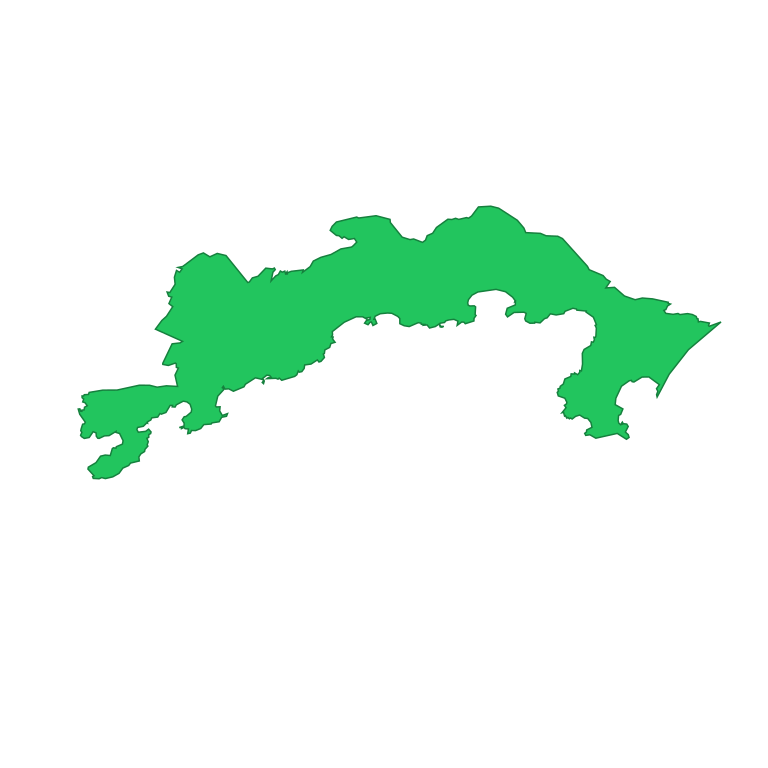 West Mahe, Anse Boileau, Seychelles, rotated 305°
{"feature_id": "34574756B14018612202061", "entity_name": "West Mahe", "entity_type": "district", "adm_level": 2, "iso_a3": "SYC", "parent_name": "Seychelles", "parent_adm1": "Anse Boileau", "projection": "albers", "projection_center": [55.437, -4.697], "detail": "fine", "context": "isolated", "style": "filled", "palette": "green", "viewbox_px": 768, "rotation_deg": 305, "n_neighbors": 0, "source": "geoboundaries", "source_scale": "gbopen_adm2", "svg_char_len": 6171}
<svg xmlns="http://www.w3.org/2000/svg" viewBox="0 0 768 768"><g transform="rotate(305 384 384)"><path d="M361.4,148.5L362.5,152.6L358.3,152.5L358.0,148.9L351.2,151.1L345.9,155.7L336.1,156.1L334.9,153.6L332.4,157.3L333.5,160.3L326.5,161.7L326.2,166.6L314.7,167.0L308.6,165.6L297.8,165.3L303.4,194.5L300.7,193.4L295.4,187.4L274.1,190.9L273.2,191.6L275.5,196.7L281.5,201.1L281.5,202.1L278.5,204.4L279.1,206.4L271.4,207.7L263.6,216.3L257.7,206.8L251.3,200.0L248.5,192.7L242.6,184.2L225.9,168.8L217.7,157.2L208.0,147.3L205.9,147.9L203.3,144.6L201.9,144.8L201.0,143.5L199.6,144.6L199.5,146.6L196.5,147.5L197.2,149.7L196.0,153.4L193.2,152.0L190.8,153.2L189.3,151.5L188.3,152.2L187.7,151.2L189.2,149.1L188.1,147.9L184.7,152.1L181.4,161.2L179.6,161.5L178.2,160.2L173.7,161.6L171.8,162.4L171.1,164.2L167.9,164.9L167.4,166.4L167.5,169.7L171.1,173.2L178.1,173.1L178.8,176.2L176.2,178.3L175.4,180.7L176.1,181.9L181.2,184.8L184.0,188.4L191.5,191.7L190.6,192.2L191.8,195.8L187.9,202.8L184.7,204.2L179.1,200.7L177.7,201.2L176.5,198.9L175.2,198.5L168.4,200.8L165.9,196.4L162.3,193.2L154.4,193.2L146.3,189.5L144.5,190.3L142.5,199.1L141.0,198.4L139.9,200.0L143.0,205.0L145.4,206.4L146.7,210.0L152.4,215.1L158.9,218.2L165.3,218.3L170.8,221.6L173.8,221.7L180.6,227.7L183.7,225.0L187.3,224.9L191.4,226.6L193.3,225.7L197.7,226.2L198.3,224.9L201.5,224.0L203.5,220.9L205.4,221.9L207.7,220.3L209.5,221.3L211.1,220.7L212.0,217.1L208.5,215.9L203.6,210.4L204.9,207.7L207.1,207.1L211.3,211.1L216.2,212.0L216.3,212.8L217.3,211.9L220.7,213.6L223.1,213.2L227.1,217.6L231.3,217.4L231.6,218.9L235.6,221.7L243.8,221.1L245.2,223.1L243.8,223.6L245.3,226.1L247.8,225.8L254.8,229.4L256.3,232.8L256.2,236.8L253.1,240.9L250.4,242.2L243.9,240.5L242.6,239.1L238.8,239.2L237.4,242.6L235.0,244.3L231.0,241.3L232.2,243.5L231.5,243.8L233.7,245.0L233.3,246.7L235.0,249.6L230.7,251.7L232.7,253.5L235.5,253.0L237.8,256.4L242.4,259.4L247.4,259.7L252.1,265.4L253.5,265.4L258.5,270.6L263.6,270.1L267.2,273.5L270.0,272.8L265.5,269.6L267.7,264.8L271.3,262.8L269.0,259.8L269.4,258.5L278.7,254.8L287.2,255.9L288.3,255.1L288.2,253.7L290.0,253.7L288.6,256.7L291.0,259.6L291.7,264.8L301.4,270.9L304.3,270.6L315.3,275.1L318.2,282.3L317.5,283.5L315.4,283.4L315.2,285.1L317.8,284.2L319.0,281.4L324.1,283.0L325.4,285.4L324.8,287.7L322.9,285.6L321.2,285.0L326.7,292.2L327.2,294.4L328.7,294.7L328.4,298.1L339.0,306.5L341.6,307.3L345.5,306.3L345.1,307.8L347.0,309.6L350.9,309.7L354.1,308.1L358.5,312.8L365.5,315.6L364.7,318.1L366.4,319.4L371.5,320.0L373.8,317.1L374.9,317.6L378.0,316.0L382.8,318.5L386.7,317.3L390.1,320.0L391.4,316.0L393.3,315.4L392.5,313.9L394.7,313.7L397.3,311.6L411.8,316.0L423.1,322.6L426.8,328.0L427.3,332.9L428.1,331.8L430.7,334.5L428.8,335.4L426.0,333.2L422.7,333.2L423.4,336.9L426.8,337.2L427.5,338.2L425.6,341.4L429.5,343.4L432.1,339.5L431.2,338.6L434.5,337.9L439.4,340.6L444.2,346.2L446.4,349.8L447.3,356.5L446.7,359.4L442.5,362.4L443.3,367.1L445.5,371.7L453.8,376.8L455.1,379.4L454.3,380.3L456.0,383.0L454.9,382.8L457.1,385.4L456.0,389.2L460.5,393.1L465.5,395.0L464.9,395.0L464.4,395.4L463.0,397.3L463.8,398.9L465.5,399.9L463.8,397.5L464.9,395.1L466.0,395.1L469.1,398.3L471.2,398.4L473.7,400.4L477.1,404.2L477.9,408.5L474.0,410.3L479.3,412.1L480.5,414.0L480.0,416.0L487.2,421.5L489.4,420.1L492.9,420.1L493.2,418.8L499.7,414.8L499.8,413.1L497.1,409.5L496.9,407.7L498.5,406.0L501.5,404.8L507.2,405.1L513.2,408.1L525.8,421.5L529.3,430.6L528.9,439.6L527.5,443.6L526.5,443.9L527.2,444.2L524.1,446.2L516.7,441.5L510.9,443.6L509.8,446.7L517.2,449.5L523.1,457.5L523.4,460.0L518.2,461.9L516.9,463.9L517.5,468.7L520.3,472.5L521.1,472.1L523.6,476.8L529.6,478.0L531.8,479.7L536.9,480.0L539.3,485.4L544.7,490.9L547.4,490.6L554.4,495.3L555.8,498.7L555.1,499.6L559.8,507.9L558.8,508.2L558.8,517.2L554.4,524.0L553.1,523.3L551.7,525.8L544.6,530.2L543.4,530.4L542.7,529.1L540.7,531.1L538.2,531.4L537.5,529.8L534.1,531.3L527.1,528.1L522.8,528.9L514.2,535.2L508.0,538.2L507.4,536.6L505.8,537.6L502.7,537.3L502.4,533.8L501.6,534.4L499.6,531.5L497.3,532.7L491.9,529.3L486.8,530.9L483.2,529.7L481.5,530.5L479.7,529.3L478.1,531.0L476.5,530.7L474.2,533.6L476.1,540.3L473.9,544.3L472.4,544.9L470.0,544.0L469.0,546.7L462.6,546.3L463.8,547.3L461.3,550.3L462.1,550.7L460.9,553.4L462.1,553.9L461.8,555.8L463.2,556.4L463.2,558.2L467.4,559.5L470.8,562.1L471.1,567.9L472.6,570.6L471.2,575.5L467.8,579.2L462.6,576.4L460.7,577.4L458.7,576.7L457.6,578.7L460.5,581.8L461.1,588.6L477.3,603.4L477.8,614.3L480.8,615.4L482.6,613.1L483.1,609.3L489.3,608.4L490.4,605.8L488.7,602.7L489.5,601.1L487.7,601.1L487.7,602.2L486.3,601.2L486.6,598.8L488.3,596.8L492.8,594.2L494.8,595.3L500.6,594.0L499.7,585.2L505.3,582.1L518.4,579.8L527.3,583.0L528.9,584.6L528.2,585.9L529.0,587.6L537.7,591.4L541.7,596.9L541.4,609.9L536.5,609.9L535.1,612.5L531.6,613.4L530.0,615.2L555.6,612.0L586.7,613.7L628.1,624.5L617.8,617.3L618.0,616.3L620.6,615.6L616.8,607.3L615.2,605.9L617.5,603.8L617.0,603.0L618.4,601.0L617.8,596.8L615.8,592.3L610.6,586.6L610.4,584.4L606.9,580.9L603.5,574.3L604.8,571.0L606.6,572.2L610.5,571.5L613.8,572.8L613.0,570.5L614.0,570.0L607.8,555.2L602.6,546.3L597.1,541.4L594.0,530.5L595.4,517.4L589.9,510.6L597.7,510.5L597.3,506.0L598.5,501.3L595.3,486.5L597.1,483.1L605.5,446.8L604.7,441.6L598.4,431.8L597.1,425.7L589.3,413.3L592.0,409.1L594.6,399.3L593.8,377.1L590.9,369.5L583.2,359.8L571.8,359.4L568.2,358.1L567.7,356.2L561.7,350.8L560.8,347.6L557.7,345.3L555.6,341.8L542.3,337.2L535.4,337.4L530.3,334.3L525.6,335.5L522.1,334.3L519.8,325.1L517.2,322.5L514.7,314.7L519.9,296.6L522.3,294.5L517.3,281.0L505.4,268.0L505.1,265.9L489.4,252.1L483.4,251.1L479.0,251.8L478.4,259.8L479.7,262.2L479.3,266.1L481.7,266.8L482.1,272.1L486.2,276.3L484.6,280.3L479.6,279.5L477.6,278.9L469.9,271.2L459.7,266.3L451.5,259.6L444.2,255.6L437.8,256.2L428.6,253.2L431.1,252.4L423.1,243.4L419.6,241.0L420.4,240.2L418.5,240.2L419.1,242.2L417.6,240.4L419.6,238.0L417.3,236.6L417.1,234.3L413.0,234.7L410.4,233.3L403.7,232.4L411.8,228.9L415.3,229.3L416.1,227.7L414.3,226.6L411.1,220.7L400.0,219.0L395.4,215.3L390.3,215.2L389.0,214.2L398.6,180.9L395.3,172.5L388.3,168.4L387.8,160.9L383.2,157.7L364.8,151.7L361.4,148.5Z" fill="#22c55e" stroke="#15803d" stroke-width="1.5"/></g></svg>